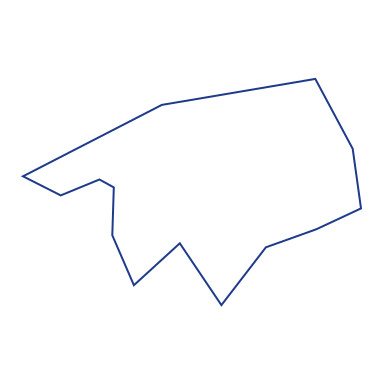 SVG path tracing the border of Serravalle
{"feature_id": "SMR-4886", "entity_name": "Serravalle", "entity_type": "state/province", "adm_level": 1, "iso_a3": "SMR", "parent_name": "San Marino", "parent_adm1": "", "projection": "orthographic", "projection_center": [12.461, 43.967], "detail": "fine", "context": "isolated", "style": "outline", "palette": "blue", "viewbox_px": 384, "rotation_deg": 0, "n_neighbors": 0, "source": "natural_earth", "source_scale": "10m", "svg_char_len": 302}
<svg xmlns="http://www.w3.org/2000/svg" viewBox="0 0 384 384"><path d="M315.3,78.9L352.7,148.8L361.0,208.4L316.2,229.3L265.9,247.3L221.4,305.1L179.8,243.3L133.9,285.2L112.3,235.3L113.8,187.4L99.4,179.5L60.7,195.4L23.0,176.3L161.8,104.9L315.3,78.9Z" fill="none" stroke="#1e3a8a" stroke-width="2"/></svg>